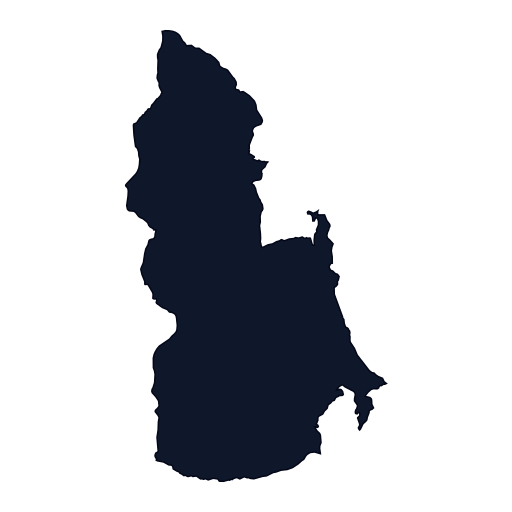 the district of Guayabal De Síquima, Cundinamarca, Colombia
{"feature_id": "7082276B27763820431967", "entity_name": "Guayabal De Síquima", "entity_type": "district", "adm_level": 2, "iso_a3": "COL", "parent_name": "Colombia", "parent_adm1": "Cundinamarca", "projection": "orthographic", "projection_center": [-74.482, 4.888], "detail": "fine", "context": "isolated", "style": "filled", "palette": "ink", "viewbox_px": 512, "rotation_deg": 0, "n_neighbors": 0, "source": "geoboundaries", "source_scale": "gbopen_adm2", "svg_char_len": 6076}
<svg xmlns="http://www.w3.org/2000/svg" viewBox="0 0 512 512"><path d="M157.6,57.3L158.1,60.3L157.8,68.8L158.0,72.9L157.4,75.1L157.1,78.1L158.5,81.6L159.2,82.5L159.1,85.6L159.7,87.6L161.8,91.7L161.9,93.3L161.2,93.8L160.8,95.3L158.0,98.5L156.9,98.9L153.3,103.6L151.8,105.1L150.7,108.3L149.6,109.0L148.9,108.8L148.0,109.2L146.8,111.1L145.3,112.3L144.4,114.4L142.5,115.1L141.7,116.6L140.0,117.8L136.7,122.8L133.7,124.1L133.4,125.4L134.0,135.1L135.3,144.8L135.6,146.7L136.5,147.2L137.7,149.1L138.6,151.9L138.9,155.8L139.8,159.1L139.4,164.7L138.8,168.2L137.4,171.6L135.9,173.9L126.6,183.8L125.6,185.2L126.0,186.4L127.1,187.3L127.9,188.6L128.3,191.0L128.0,196.3L126.7,205.6L127.4,209.0L128.3,210.2L129.3,210.8L133.8,211.2L135.6,212.4L138.7,216.5L140.7,217.8L142.8,218.6L146.8,221.8L147.9,223.1L148.8,225.4L150.2,227.0L153.2,228.6L153.6,229.8L156.1,230.1L155.1,234.3L155.0,236.5L154.3,237.8L153.7,238.8L151.1,239.3L149.5,240.0L149.0,240.7L148.0,244.8L145.8,248.9L144.7,253.7L143.4,262.7L141.1,268.1L140.8,269.4L142.0,274.6L144.8,281.5L144.8,284.1L145.1,284.5L147.0,284.3L148.1,284.7L152.6,292.4L153.1,294.3L152.9,298.4L154.1,299.0L155.7,298.8L156.6,299.5L156.7,300.5L156.2,302.5L156.7,303.4L162.4,307.5L167.4,309.6L169.4,312.0L171.9,312.4L173.7,313.2L175.2,314.3L176.2,316.2L176.6,318.4L177.3,325.4L176.9,330.0L176.2,331.8L174.5,333.9L171.9,336.2L169.6,339.1L159.3,346.1L157.0,348.9L155.2,352.0L154.1,354.6L153.3,358.1L153.4,367.8L154.5,370.8L155.1,374.3L154.6,382.7L152.9,388.1L152.2,389.0L151.8,391.2L152.3,392.8L155.7,396.5L158.0,399.9L158.6,401.0L159.1,406.1L157.5,408.4L155.5,410.2L155.2,411.6L158.2,415.5L159.1,417.6L158.4,421.8L158.1,430.2L157.0,437.4L158.2,451.3L157.4,452.2L156.1,452.8L155.3,454.2L155.0,455.7L155.2,456.7L156.1,458.3L156.8,458.8L156.2,460.2L157.3,460.8L163.6,462.0L168.8,464.9L171.3,465.1L172.7,466.1L173.2,468.9L177.1,471.2L179.0,471.8L179.8,473.1L182.2,474.3L183.8,475.6L185.5,475.3L187.4,476.4L188.4,476.5L191.3,475.7L192.9,476.5L196.4,476.0L200.5,478.9L202.2,478.8L203.5,479.3L205.6,478.7L208.2,479.9L212.8,478.4L214.1,478.4L217.9,479.0L219.3,481.2L223.6,481.3L228.3,480.0L229.8,480.2L230.7,479.4L232.5,479.5L233.2,478.4L233.8,478.5L235.7,477.7L237.2,477.6L239.8,478.9L244.2,476.7L247.2,477.8L248.4,477.6L250.4,478.4L253.8,478.8L262.7,476.3L266.4,475.9L273.2,472.5L276.0,472.0L281.0,470.2L287.2,469.5L292.5,467.6L298.1,463.9L301.9,460.5L303.7,459.4L305.8,455.8L307.1,454.4L310.2,452.5L314.6,452.0L320.4,453.7L319.6,448.3L319.8,445.7L321.0,442.7L320.4,435.3L319.7,433.5L316.9,430.8L314.7,427.0L317.6,427.3L318.3,426.6L317.9,425.3L316.3,424.2L317.9,420.1L317.8,418.5L318.1,417.0L318.7,416.2L322.7,414.1L324.4,411.0L327.1,408.4L328.1,404.8L330.6,403.0L332.2,401.0L334.3,400.3L335.6,397.8L336.3,397.2L338.4,396.3L339.1,395.6L342.3,395.4L343.3,394.6L342.6,391.5L341.2,389.7L339.9,389.3L336.7,390.0L339.0,386.6L342.0,384.9L342.9,385.1L345.1,386.9L353.4,391.2L354.1,391.7L355.1,393.4L355.3,394.8L354.5,398.9L354.5,400.9L357.3,404.9L357.5,406.0L356.7,408.7L355.8,410.0L355.3,411.8L355.4,413.0L355.7,413.5L357.1,413.9L358.6,412.2L359.6,413.2L359.9,414.1L359.4,416.2L357.7,417.6L357.6,418.0L359.7,424.0L359.6,425.6L358.4,427.7L358.6,428.7L359.6,430.0L360.5,429.0L363.0,423.8L365.9,421.1L366.8,419.9L367.3,417.2L369.0,412.8L369.1,410.9L370.3,409.9L372.0,409.3L373.5,407.9L371.8,404.3L371.6,399.9L371.1,398.6L369.8,397.5L365.3,396.4L365.3,395.6L368.0,392.2L371.0,389.5L373.3,388.7L377.4,388.8L378.7,387.8L379.0,386.7L379.8,385.7L381.5,385.6L383.3,384.3L384.9,384.2L386.4,383.5L384.1,381.7L382.5,378.3L378.1,376.5L375.6,374.7L374.0,373.0L372.0,372.7L369.3,370.7L357.2,355.1L354.4,348.4L350.3,342.2L349.9,340.3L350.0,336.5L349.5,335.1L349.9,332.6L349.5,330.8L348.5,329.8L348.3,328.8L347.3,327.9L345.6,327.1L345.2,326.1L344.3,323.6L343.8,319.4L342.7,318.1L342.5,316.7L334.3,294.3L334.1,287.6L336.1,286.2L337.5,284.4L337.4,281.4L338.3,280.0L339.1,276.5L337.5,274.3L335.3,273.6L332.7,271.0L330.5,270.2L329.2,267.5L329.2,266.3L330.6,263.6L332.3,263.2L332.2,256.7L331.3,250.8L331.8,247.3L333.1,243.8L329.4,239.7L327.6,238.2L326.8,235.6L327.7,231.7L328.4,230.6L329.2,227.6L329.9,226.5L329.9,225.1L329.4,224.0L326.8,220.5L324.6,214.9L317.7,214.9L317.6,211.8L317.9,210.9L316.5,211.9L313.1,213.3L311.3,212.2L308.7,211.2L307.7,211.8L307.4,212.5L307.8,213.9L310.1,214.0L311.5,215.0L312.5,216.8L312.8,221.0L314.2,221.0L315.3,218.6L315.9,217.8L316.6,217.8L317.7,218.8L318.5,221.4L318.4,225.2L316.5,229.7L316.8,231.9L315.0,233.9L314.7,235.0L314.1,240.2L314.3,244.5L314.0,245.3L313.1,245.4L312.1,244.1L310.4,238.3L310.0,238.0L307.4,238.2L306.4,237.7L306.1,238.2L304.4,238.3L302.2,237.0L298.7,238.1L295.4,237.6L294.0,238.5L289.2,239.0L284.7,240.7L283.4,240.5L281.8,239.7L281.2,239.7L279.7,240.8L276.5,241.7L272.6,243.9L268.1,244.8L262.6,247.5L262.1,247.6L261.0,245.2L260.7,243.0L260.2,242.3L260.6,238.5L260.4,233.6L259.5,225.4L260.3,222.1L260.1,216.3L261.2,211.6L262.3,210.4L262.9,208.7L262.7,207.3L262.3,204.7L260.7,202.1L260.0,199.8L258.8,198.4L256.3,192.2L255.6,188.8L253.9,185.2L251.5,183.5L253.2,181.4L255.6,180.4L259.0,180.0L260.1,179.6L261.1,178.7L261.8,176.1L262.0,173.4L261.4,172.7L261.5,170.6L262.0,169.5L265.0,166.8L266.5,163.4L267.8,162.0L266.8,161.8L266.1,162.2L264.5,161.5L261.7,161.6L260.6,161.2L258.9,160.1L257.9,160.8L256.5,160.8L255.8,160.2L253.2,159.4L252.7,158.9L252.8,158.3L254.3,157.3L254.2,156.6L250.5,154.3L248.9,153.9L249.2,151.9L249.0,152.1L248.9,150.1L249.3,148.4L249.2,145.0L252.3,137.0L253.3,135.2L253.1,133.3L252.5,132.4L252.4,130.1L253.5,127.8L254.5,126.9L256.4,125.8L260.8,124.3L262.2,121.9L262.4,120.4L261.5,117.8L256.6,110.1L255.9,104.8L254.4,101.1L249.4,95.8L244.5,92.4L243.1,91.6L239.9,92.1L238.6,90.0L235.6,89.4L235.2,87.1L236.3,84.7L236.1,82.1L234.1,78.4L233.1,77.7L227.6,70.2L225.9,69.2L223.1,68.4L219.8,66.3L218.7,62.4L214.9,58.3L210.2,54.7L206.0,53.4L199.1,48.3L195.7,48.3L194.6,47.8L191.4,45.4L186.8,45.7L186.2,45.4L184.7,42.9L182.7,41.1L179.6,35.5L177.8,33.8L175.4,32.3L172.5,31.3L169.1,30.8L165.4,30.7L162.1,31.4L162.9,36.1L162.8,41.0L161.1,47.6L159.3,50.1L157.6,54.3L157.6,57.3Z" fill="#0f172a" stroke="#020617" stroke-width="1.5"/></svg>